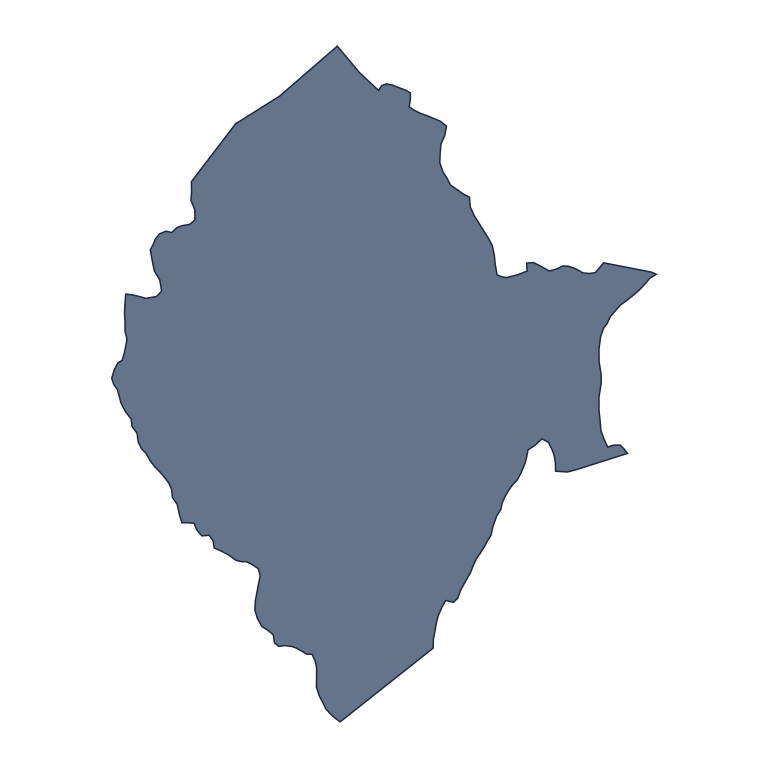 outline of Pintadas, Bahia, Brazil
{"feature_id": "56859067B59210103184230", "entity_name": "Pintadas", "entity_type": "district", "adm_level": 2, "iso_a3": "BRA", "parent_name": "Brazil", "parent_adm1": "Bahia", "projection": "equal_earth", "projection_center": [-39.885, -11.874], "detail": "fine", "context": "isolated", "style": "filled", "palette": "slate", "viewbox_px": 768, "rotation_deg": 0, "n_neighbors": 0, "source": "geoboundaries", "source_scale": "gbopen_adm2", "svg_char_len": 2773}
<svg xmlns="http://www.w3.org/2000/svg" viewBox="0 0 768 768"><path d="M254.8,609.9L257.4,618.4L261.8,626.4L267.9,630.4L273.2,634.6L274.5,642.9L278.8,646.4L285.1,645.6L292.4,646.6L297.0,648.4L301.4,651.0L306.7,654.1L312.1,654.3L315.3,661.4L316.6,667.7L316.6,677.2L316.4,687.0L319.5,696.5L323.3,703.4L325.7,708.8L330.2,713.7L334.9,717.9L340.1,721.9L433.2,648.1L433.4,639.1L435.0,631.1L436.3,623.3L438.1,616.1L442.1,606.8L445.7,600.5L453.4,602.3L457.7,598.3L460.5,590.6L465.7,581.0L470.3,573.1L473.3,565.4L476.3,559.0L480.4,553.1L484.3,546.7L487.4,541.0L491.0,535.3L492.8,527.0L496.6,516.2L500.9,509.4L502.2,502.8L505.2,496.4L508.6,490.5L512.2,485.3L517.3,479.9L521.0,473.0L525.2,462.9L526.7,456.8L528.0,449.9L535.2,445.1L541.9,438.9L548.4,442.3L552.5,450.6L554.4,456.5L555.4,462.9L555.6,471.2L567.4,472.0L576.5,469.6L627.5,453.4L624.1,449.0L620.2,445.1L613.6,445.1L607.7,447.1L603.7,438.3L600.9,430.4L600.3,422.7L599.0,410.1L599.0,397.0L600.0,390.8L601.1,383.6L601.3,375.7L599.1,361.6L599.0,349.1L600.6,336.8L603.6,328.2L607.2,323.4L610.3,316.6L616.7,309.3L620.3,305.2L624.6,302.0L632.1,296.2L639.0,290.3L644.9,284.1L649.7,278.4L656.3,274.2L651.4,272.1L603.6,262.8L600.0,267.2L595.0,272.7L589.2,273.5L583.0,272.9L575.5,268.7L568.7,266.3L563.0,265.9L556.6,269.0L549.3,271.0L541.6,266.6L533.6,262.6L526.7,263.1L527.0,271.1L518.3,274.5L512.7,276.0L507.0,277.6L502.2,276.9L497.1,274.9L495.3,264.8L494.3,255.2L492.3,245.5L488.7,238.8L485.3,233.3L481.5,227.3L478.2,221.9L474.7,216.5L470.3,207.1L469.5,197.2L462.3,193.4L456.9,189.5L450.6,185.1L446.8,177.8L443.2,172.4L439.8,162.7L440.1,154.4L440.9,144.5L444.8,135.2L446.5,126.2L440.6,121.4L436.0,119.4L431.2,117.4L426.1,115.3L420.0,113.1L414.0,110.2L409.2,106.7L410.4,99.4L410.4,92.9L405.2,90.0L398.2,87.4L392.3,85.0L386.4,83.9L381.6,85.6L378.6,90.5L359.5,72.6L337.3,46.1L279.6,96.1L235.6,123.8L191.4,181.7L191.6,192.1L190.9,200.2L194.7,209.5L195.0,219.8L189.8,224.4L181.7,225.7L176.8,227.7L171.8,232.5L165.8,231.2L159.5,233.9L155.6,238.7L153.1,244.6L150.3,249.7L151.6,257.1L152.9,264.2L154.4,271.0L159.8,280.0L161.6,291.1L156.5,296.5L145.9,298.3L133.9,295.1L125.7,294.1L125.0,303.2L124.5,314.0L125.0,321.3L125.0,331.3L127.0,339.2L125.5,347.1L124.2,353.6L122.1,360.3L117.9,362.9L114.0,370.4L111.7,378.4L113.8,384.5L117.4,389.7L119.1,395.6L120.9,402.9L125.5,411.7L131.1,419.0L132.1,426.6L137.0,433.2L138.3,442.3L141.6,448.8L146.0,453.4L150.3,461.0L155.1,467.1L161.0,473.2L165.1,478.1L168.7,482.9L171.8,489.9L172.4,497.4L177.1,504.2L179.5,514.9L182.0,522.8L187.9,522.8L194.1,523.2L196.6,529.8L201.9,535.9L209.1,535.3L213.2,541.0L214.2,548.0L220.4,550.7L228.5,554.8L235.9,560.3L241.6,561.7L246.4,561.7L252.0,564.5L258.2,568.6L260.2,575.9L258.2,585.5L255.4,600.5L254.8,609.9Z" fill="#64748b" stroke="#1e293b" stroke-width="1.5"/></svg>